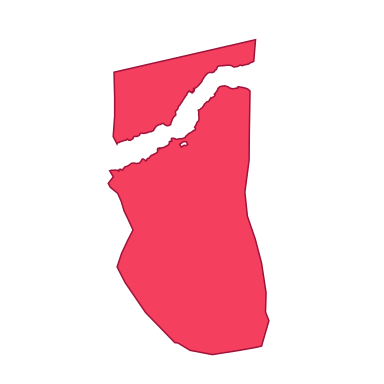 outline of Zemam Out, Al Bahr al Ahmar, Egypt, rotated 97°
{"feature_id": "37247803B70127900746184", "entity_name": "Zemam Out", "entity_type": "district", "adm_level": 2, "iso_a3": "EGY", "parent_name": "Egypt", "parent_adm1": "Al Bahr al Ahmar", "projection": "albers", "projection_center": [31.154, 27.336], "detail": "fine", "context": "isolated", "style": "filled", "palette": "rose", "viewbox_px": 384, "rotation_deg": 97, "n_neighbors": 0, "source": "geoboundaries", "source_scale": "gbopen_adm2", "svg_char_len": 5818}
<svg xmlns="http://www.w3.org/2000/svg" viewBox="0 0 384 384"><g transform="rotate(97 192 192)"><path d="M134.4,202.4L135.9,203.6L136.3,204.0L137.7,205.1L138.5,205.4L138.9,205.6L139.7,207.0L140.1,208.1L140.6,210.1L140.7,210.8L141.0,211.9L141.5,213.3L141.7,214.1L141.5,214.8L141.1,215.3L140.9,216.5L140.9,217.2L141.0,218.0L141.2,218.7L141.4,218.9L141.5,219.0L141.8,219.0L142.7,218.7L144.0,218.2L144.3,218.6L144.1,219.5L144.9,220.7L145.1,220.7L145.3,220.6L146.2,220.4L146.4,220.4L147.4,220.8L148.8,221.8L149.7,223.3L150.7,224.7L151.1,225.3L151.9,227.4L152.1,228.2L152.2,229.5L152.4,229.6L152.6,229.6L153.0,229.4L153.3,229.4L153.2,229.9L152.6,230.2L152.6,230.5L152.9,231.3L153.1,231.3L154.5,231.5L155.1,231.1L155.8,231.0L156.4,231.3L156.5,231.2L157.9,232.4L158.8,234.0L159.3,234.5L159.9,235.5L160.2,236.2L160.9,237.1L162.3,238.1L163.0,238.4L163.6,238.8L163.9,239.4L163.9,239.8L164.0,240.0L164.3,240.2L164.7,240.6L165.6,240.8L166.7,241.1L166.8,241.5L166.3,242.1L166.1,242.4L165.6,243.6L165.2,244.4L165.2,244.9L165.3,245.2L165.7,245.6L167.8,246.5L168.8,247.1L169.7,247.7L170.0,248.1L170.0,248.8L170.0,249.2L170.3,249.9L170.5,250.6L170.5,251.4L170.3,252.4L170.4,253.5L170.5,254.1L171.1,255.8L171.8,256.5L172.1,256.7L173.9,258.8L174.2,259.3L174.8,260.5L174.9,260.9L175.2,261.4L175.2,261.7L176.2,262.3L176.9,262.6L177.3,263.1L178.4,263.2L178.5,263.3L178.6,263.6L178.6,264.2L178.7,264.4L178.5,264.7L178.5,265.1L178.1,265.4L178.2,266.3L178.5,266.7L178.6,267.1L179.3,267.3L179.8,267.3L180.1,267.1L180.3,267.5L180.0,267.8L179.5,269.1L179.6,270.1L179.5,270.4L179.6,270.8L179.6,271.2L179.9,272.1L180.1,273.1L180.1,273.5L180.2,274.0L180.1,274.4L181.0,276.3L186.6,271.9L186.7,272.1L193.7,276.2L197.4,273.5L202.4,265.6L210.1,261.0L218.9,257.2L226.7,252.2L236.9,245.9L248.0,250.0L261.5,254.4L275.5,257.2L290.2,247.2L317.3,223.4L343.6,190.7L343.6,187.5L349.4,174.6L350.9,152.0L343.3,125.3L338.2,108.9L336.5,104.2L310.4,100.0L302.2,104.4L283.0,106.2L254.1,114.3L231.0,123.5L209.2,134.1L185.7,139.5L153.3,139.2L126.4,142.3L84.8,146.7L84.6,146.9L83.3,148.6L82.5,150.8L82.4,151.7L82.3,152.6L82.3,153.2L82.0,154.3L82.0,154.9L82.1,156.1L81.8,158.7L82.4,159.7L83.3,159.3L83.6,159.7L83.7,161.3L84.2,162.8L84.4,163.2L84.5,164.8L84.3,166.6L83.9,167.8L83.7,168.2L83.3,168.8L82.9,170.4L82.8,171.6L82.6,172.4L83.0,174.0L83.5,175.8L84.1,177.2L85.2,178.2L86.5,179.0L87.3,179.0L87.8,179.2L88.4,179.5L90.0,180.3L91.8,181.4L92.1,181.7L92.3,181.4L92.6,180.9L93.7,181.1L94.8,182.0L95.6,183.3L96.6,184.2L96.2,184.8L100.1,186.6L100.4,187.0L100.4,187.9L101.5,188.9L102.2,189.5L102.8,190.0L103.8,190.6L105.1,191.1L105.9,191.5L106.3,191.8L106.9,192.0L107.6,192.7L108.0,193.2L108.5,193.7L108.9,193.9L109.3,194.3L109.4,194.6L110.0,195.8L110.5,195.7L110.7,195.4L111.4,195.1L112.2,195.0L113.0,194.9L114.7,194.8L115.3,194.7L116.5,194.2L119.6,194.0L120.2,194.1L120.6,194.3L121.8,195.1L122.5,195.6L123.4,195.8L125.7,196.5L127.4,197.3L127.5,197.3L127.5,197.1L127.8,196.8L128.0,196.5L128.4,196.4L129.5,196.4L130.4,196.7L130.6,196.9L130.6,197.6L130.8,198.0L131.5,198.7L132.0,199.0L133.1,200.4L134.4,202.4ZM148.7,208.1L146.2,210.0L143.2,206.8L142.7,203.7L145.4,202.1L146.8,203.9L146.5,205.4L148.7,208.1ZM82.6,284.0L107.6,280.3L126.4,278.0L146.6,277.0L153.5,272.3L153.0,272.2L152.2,271.7L151.6,270.1L150.7,269.1L150.4,268.1L149.1,265.4L149.1,265.2L148.8,264.6L148.8,264.3L148.5,263.6L147.9,263.0L147.6,263.0L147.3,262.8L147.3,262.5L148.0,261.6L148.2,260.9L148.4,260.8L148.2,259.5L148.0,259.2L146.4,257.3L145.3,256.8L144.8,256.8L144.2,256.5L144.0,256.3L143.8,255.7L143.8,255.1L143.6,254.2L143.6,253.5L143.3,252.8L142.3,251.4L141.9,251.0L141.5,250.9L140.6,250.7L140.4,250.6L140.2,250.3L140.1,249.9L139.8,249.7L139.7,249.1L139.8,247.6L139.7,246.8L139.6,246.7L139.1,245.0L138.8,244.4L138.7,244.2L138.8,244.0L138.5,243.5L138.4,243.2L138.0,242.7L137.5,241.6L137.1,240.2L137.0,239.5L136.8,239.4L135.8,237.9L135.5,237.6L134.7,237.4L134.4,237.5L134.2,237.2L134.4,237.2L134.1,237.0L133.6,236.9L130.9,235.3L129.3,233.1L129.0,232.4L128.9,231.7L128.6,231.1L128.0,230.5L127.6,229.9L127.5,228.7L127.8,228.1L128.0,228.0L128.5,227.3L128.7,226.9L128.9,226.0L129.2,225.3L129.2,224.2L129.0,223.5L127.9,221.6L127.8,221.4L127.3,221.3L126.3,221.4L124.2,220.8L121.3,220.1L118.6,218.5L118.0,217.6L116.9,217.5L115.2,218.1L114.3,218.2L113.6,218.0L113.1,217.5L111.6,216.4L111.1,216.2L110.8,216.2L110.4,216.1L109.2,216.0L108.3,215.7L108.0,215.5L107.9,215.1L107.3,214.7L107.0,214.6L105.7,214.0L103.3,212.7L101.2,211.9L100.4,211.4L100.1,211.3L98.5,210.4L97.7,210.2L97.4,209.9L96.6,209.5L96.0,209.0L94.8,208.9L94.3,208.7L93.8,208.3L93.5,208.2L93.1,207.9L92.7,207.8L92.4,207.5L92.2,207.2L92.3,207.2L92.7,206.1L93.0,205.9L93.0,205.4L92.9,205.0L93.0,204.7L93.4,204.1L93.7,204.0L93.6,203.7L93.2,203.3L93.0,203.2L92.7,203.2L92.2,203.4L91.9,203.6L91.8,203.3L91.9,203.0L92.2,202.8L91.9,202.3L90.9,202.4L90.4,202.0L89.9,202.0L89.7,202.1L89.5,202.4L89.7,202.8L89.6,203.0L89.1,203.1L88.8,202.1L88.0,200.8L86.2,199.1L85.3,198.4L84.7,198.1L84.4,197.7L83.8,197.6L83.2,197.0L81.2,195.7L79.7,195.4L79.0,195.1L77.9,194.4L76.7,194.1L76.0,193.7L75.3,193.2L74.8,193.0L73.3,191.7L72.7,191.5L72.5,191.3L72.0,190.6L71.6,190.0L71.2,189.2L71.1,187.1L71.0,186.6L70.6,185.5L70.2,185.0L69.9,184.7L69.1,184.1L68.6,184.2L68.3,184.1L67.8,183.1L67.3,182.7L66.5,182.4L65.7,182.4L65.1,182.1L64.6,182.1L64.4,181.9L63.8,181.1L63.8,180.8L63.3,179.4L63.0,177.6L63.0,177.0L62.9,176.8L62.8,176.4L62.6,176.2L62.5,175.0L61.9,172.6L61.8,171.9L61.8,171.4L61.8,171.1L61.6,170.0L61.6,169.4L61.7,168.5L61.9,167.8L62.9,165.7L62.6,164.7L62.3,163.5L62.2,163.2L61.7,161.8L61.2,161.0L60.4,160.3L60.2,159.6L60.2,159.0L60.4,158.3L60.4,157.2L59.5,155.6L58.6,152.8L58.2,152.2L58.1,151.5L57.9,151.4L57.4,150.6L56.6,149.7L56.4,149.4L56.2,149.1L55.9,148.6L55.8,148.1L54.8,146.6L33.1,147.5L82.6,284.0Z" fill="#f43f5e" stroke="#9f1239" stroke-width="1.5"/></g></svg>